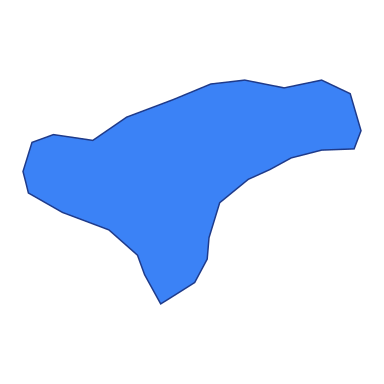 Egkomi Lefkosias, Nicosia, Cyprus
{"feature_id": "46923920B18592714961636", "entity_name": "Egkomi Lefkosias", "entity_type": "district", "adm_level": 2, "iso_a3": "CYP", "parent_name": "Cyprus", "parent_adm1": "Nicosia", "projection": "equal_earth", "projection_center": [33.317, 35.151], "detail": "fine", "context": "isolated", "style": "filled", "palette": "blue", "viewbox_px": 384, "rotation_deg": 0, "n_neighbors": 0, "source": "geoboundaries", "source_scale": "gbopen_adm2", "svg_char_len": 479}
<svg xmlns="http://www.w3.org/2000/svg" viewBox="0 0 384 384"><path d="M354.1,148.9L361.0,130.7L350.2,93.7L321.6,80.1L284.1,87.9L244.7,80.1L210.8,84.0L173.2,99.6L126.7,117.1L92.8,140.4L53.4,134.6L32.0,142.4L23.0,171.5L25.8,182.4L28.4,193.0L62.4,212.4L108.9,229.9L137.5,255.2L144.6,274.7L160.7,303.9L171.6,297.1L194.7,282.5L207.2,259.1L209.0,237.7L219.7,202.7L248.3,179.3L269.8,169.6L291.2,157.9L321.6,150.1L354.1,148.9Z" fill="#3b82f6" stroke="#1e3a8a" stroke-width="1.5"/></svg>